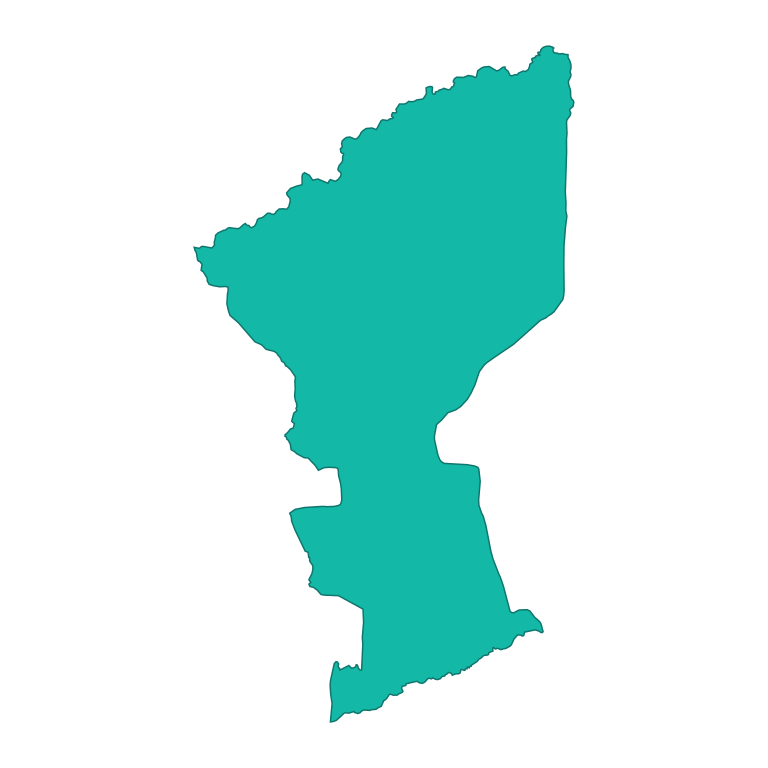 the district of Ruangwa, Lindi, United Republic of Tanzania
{"feature_id": "72390352B35310074637090", "entity_name": "Ruangwa", "entity_type": "district", "adm_level": 2, "iso_a3": "TZA", "parent_name": "United Republic of Tanzania", "parent_adm1": "Lindi", "projection": "albers", "projection_center": [38.983, -10.09], "detail": "fine", "context": "isolated", "style": "filled", "palette": "teal", "viewbox_px": 768, "rotation_deg": 0, "n_neighbors": 0, "source": "geoboundaries", "source_scale": "gbopen_adm2", "svg_char_len": 6039}
<svg xmlns="http://www.w3.org/2000/svg" viewBox="0 0 768 768"><path d="M194.2,247.3L195.1,250.6L196.3,252.6L197.6,260.0L198.6,261.2L200.0,261.7L202.0,264.3L201.1,270.3L203.4,272.0L207.2,278.3L207.3,281.1L209.2,284.4L213.0,285.6L219.6,286.8L225.1,286.5L227.7,286.9L228.1,288.2L228.1,290.9L227.5,293.6L226.9,303.9L228.4,310.6L230.0,315.4L238.5,322.8L254.9,341.8L261.5,344.7L266.1,349.3L274.0,351.3L277.1,353.3L277.5,354.6L279.8,357.1L281.1,359.4L281.6,361.1L284.3,362.8L285.8,366.0L286.6,366.0L290.7,369.9L295.5,377.0L294.9,380.9L295.2,389.2L294.6,396.1L295.6,401.2L296.8,403.7L296.5,404.4L297.1,406.0L296.0,408.4L296.8,410.7L293.9,413.0L292.0,419.9L291.7,421.1L292.5,422.2L294.4,423.5L293.3,427.9L290.3,429.1L287.7,432.5L285.0,434.8L285.0,436.3L286.3,437.0L286.9,439.2L288.3,440.3L290.3,444.2L291.1,449.7L294.5,451.6L296.9,453.8L304.2,457.7L308.1,458.0L315.4,465.7L318.4,470.3L323.9,467.7L329.1,467.3L335.7,467.6L337.5,468.3L338.2,469.7L338.6,475.7L340.6,483.6L341.3,488.8L341.8,499.7L340.8,503.9L339.0,505.3L334.4,506.4L327.6,506.7L322.4,506.4L304.6,507.5L295.1,509.4L289.7,513.2L291.2,516.7L291.7,521.2L294.9,529.7L305.2,551.2L308.1,552.2L308.7,557.4L309.5,557.6L309.8,561.3L312.8,565.7L312.9,569.2L312.0,573.4L308.9,579.7L310.8,582.6L308.9,584.1L309.9,586.5L313.4,587.3L317.3,590.2L321.0,594.5L324.3,595.1L338.5,595.7L363.0,609.1L363.6,622.4L362.3,637.4L362.8,644.4L361.6,670.0L359.9,669.9L358.5,668.4L357.3,665.0L356.2,664.8L355.6,666.9L352.9,668.1L351.2,667.9L348.9,665.5L339.8,670.1L339.6,668.5L338.1,666.8L338.6,663.7L337.3,662.0L336.1,661.7L334.3,663.5L330.5,680.6L330.1,685.3L330.7,694.2L332.1,703.6L330.4,721.9L333.3,721.5L336.3,720.4L344.6,712.8L349.1,713.1L354.0,711.5L354.6,712.5L357.9,713.5L360.2,712.6L361.1,711.5L363.5,710.0L370.1,710.4L371.0,709.8L376.0,709.3L378.6,707.4L381.2,706.4L383.8,700.5L384.7,700.3L386.8,698.3L389.2,694.6L390.2,694.1L393.2,695.2L397.3,695.1L398.7,693.9L402.5,692.2L402.9,691.1L401.7,688.9L401.8,687.3L402.3,686.2L405.3,685.7L405.9,685.2L406.0,683.8L416.9,681.3L419.6,682.9L422.5,683.3L425.0,681.9L427.9,678.6L429.8,678.2L430.7,678.8L431.7,678.8L432.7,677.8L435.3,679.2L437.5,679.6L440.1,678.8L442.2,676.4L444.6,676.1L445.6,674.5L446.6,674.3L448.5,672.5L451.3,673.2L452.3,675.2L455.6,673.9L458.8,673.7L460.2,672.9L460.8,669.9L461.7,669.5L464.3,670.4L465.0,670.2L465.0,669.3L465.6,668.8L467.1,668.8L467.2,667.1L468.2,667.1L469.1,667.9L469.8,666.6L471.2,666.2L471.0,665.5L477.3,661.3L478.7,659.3L481.2,658.0L483.6,655.5L487.7,655.0L488.7,654.2L488.7,652.6L492.8,651.2L492.9,647.8L494.0,647.7L494.7,648.6L495.8,649.0L496.8,648.4L498.4,648.4L499.8,649.4L501.6,649.6L503.1,648.8L505.7,648.5L510.1,646.1L511.3,644.8L514.1,638.9L517.7,634.9L520.8,635.1L522.1,636.0L523.7,635.6L524.6,632.1L535.2,629.9L539.2,631.2L541.0,632.5L542.2,632.6L543.1,631.7L541.0,623.9L539.8,621.8L534.7,617.3L529.8,610.9L527.0,609.7L519.1,610.0L513.5,612.9L511.4,612.4L510.2,611.5L509.7,610.0L503.4,586.1L500.0,576.4L498.9,574.3L493.0,559.0L490.8,550.9L485.9,525.6L483.2,516.2L481.5,512.9L478.9,505.3L478.6,500.1L480.2,481.4L478.8,469.1L477.8,467.3L474.6,466.0L467.3,464.7L444.2,463.4L441.4,461.7L440.0,460.1L438.0,455.5L434.5,439.8L434.4,436.3L436.5,424.6L441.5,420.1L447.9,412.7L455.7,409.9L460.9,406.3L467.4,399.2L471.0,393.2L475.0,384.6L479.3,371.7L483.9,365.4L486.5,362.9L494.5,357.2L513.4,344.4L540.5,320.3L545.9,317.8L547.8,316.1L551.6,313.8L554.2,311.5L562.8,299.5L563.6,296.0L564.1,290.7L563.8,264.6L564.0,245.8L565.5,227.0L566.9,216.1L565.8,211.0L566.0,203.2L565.3,191.9L566.6,152.4L566.5,139.1L567.0,133.2L566.5,122.3L567.0,119.8L569.9,115.9L570.5,114.1L570.7,112.8L569.7,110.6L569.9,109.1L573.0,106.5L573.8,102.5L573.4,100.7L571.7,99.1L570.7,96.6L570.5,90.2L568.6,84.3L568.4,81.3L570.8,76.3L570.9,74.0L570.0,72.1L571.0,68.1L570.9,64.3L569.5,60.2L568.0,57.4L568.0,54.6L565.2,54.4L562.7,53.6L558.4,54.0L557.9,53.3L553.9,52.7L553.0,50.6L552.9,49.2L553.8,48.1L552.8,47.2L549.4,46.1L546.3,46.3L543.2,47.4L540.9,49.6L540.7,51.2L539.9,52.0L538.2,52.3L537.8,52.8L538.3,53.8L539.9,54.4L539.9,55.3L539.2,55.6L538.0,55.2L535.5,56.3L535.5,57.4L532.2,58.4L531.7,59.4L532.8,62.3L529.9,64.2L529.4,67.0L528.1,69.8L525.6,71.4L523.0,71.1L518.6,73.1L517.3,74.8L515.4,74.6L511.5,75.9L509.8,75.0L508.2,71.4L505.1,68.7L505.0,67.0L502.7,67.3L498.8,70.3L496.6,70.9L489.3,66.5L483.8,67.0L481.6,67.9L477.7,70.8L476.4,76.8L475.1,77.6L473.1,76.3L468.2,75.5L463.6,77.4L456.7,77.2L454.5,78.7L453.4,80.7L453.4,82.1L454.5,82.8L453.6,85.9L453.0,86.7L451.7,87.0L450.4,89.2L448.3,89.8L443.7,88.3L442.1,89.3L439.4,90.0L438.4,91.1L435.3,92.1L435.2,94.0L433.8,94.2L432.8,93.8L432.1,92.1L432.5,87.6L432.0,86.7L430.1,86.5L427.7,87.1L426.1,87.9L426.4,93.3L425.8,94.8L423.4,98.5L422.7,99.0L416.6,100.0L414.2,101.4L411.6,101.7L408.7,101.4L406.3,103.3L404.5,104.0L399.5,104.0L395.9,109.5L396.6,111.1L396.3,112.6L395.3,112.9L392.6,112.7L391.6,115.0L391.7,116.4L393.3,117.3L393.1,117.9L392.4,118.5L390.2,118.7L387.5,120.5L382.7,119.8L381.1,120.7L376.4,129.6L372.0,128.0L366.2,128.5L363.0,130.6L360.9,132.8L360.2,134.7L357.7,137.9L356.1,139.0L354.6,139.0L349.9,137.0L346.3,137.5L343.3,139.8L342.2,141.1L341.6,143.4L342.3,146.9L340.3,148.9L340.9,152.0L341.6,153.0L343.4,153.5L343.6,154.5L342.7,156.3L342.6,160.5L341.9,162.2L339.2,165.4L337.9,169.1L338.3,170.5L340.6,172.5L341.2,173.8L340.6,176.3L338.1,179.5L335.4,181.3L330.3,179.6L328.6,181.8L328.0,183.3L317.9,179.0L312.7,180.2L309.4,175.3L304.5,172.7L302.6,174.2L302.0,176.7L302.2,183.3L301.6,184.9L296.6,186.1L290.4,188.5L286.6,192.9L287.0,194.8L290.1,198.6L290.2,201.0L288.8,206.8L286.7,209.2L283.1,208.8L279.2,209.0L276.1,211.7L275.1,213.4L273.6,214.3L271.3,214.1L270.1,213.2L267.5,213.3L263.6,216.7L262.0,217.7L258.8,218.5L257.4,219.8L256.3,223.2L254.7,226.0L251.5,227.7L250.0,227.1L248.8,225.4L247.5,225.4L246.6,224.9L245.4,223.5L243.4,224.6L239.6,228.1L237.6,228.7L229.4,227.7L227.5,228.3L225.5,230.1L223.9,230.2L218.2,232.8L215.5,235.3L215.5,237.2L214.2,242.5L214.5,245.0L212.0,248.0L203.2,246.4L201.6,246.5L199.9,247.9L198.8,248.3L194.2,247.3Z" fill="#14b8a6" stroke="#0f766e" stroke-width="1.5"/></svg>